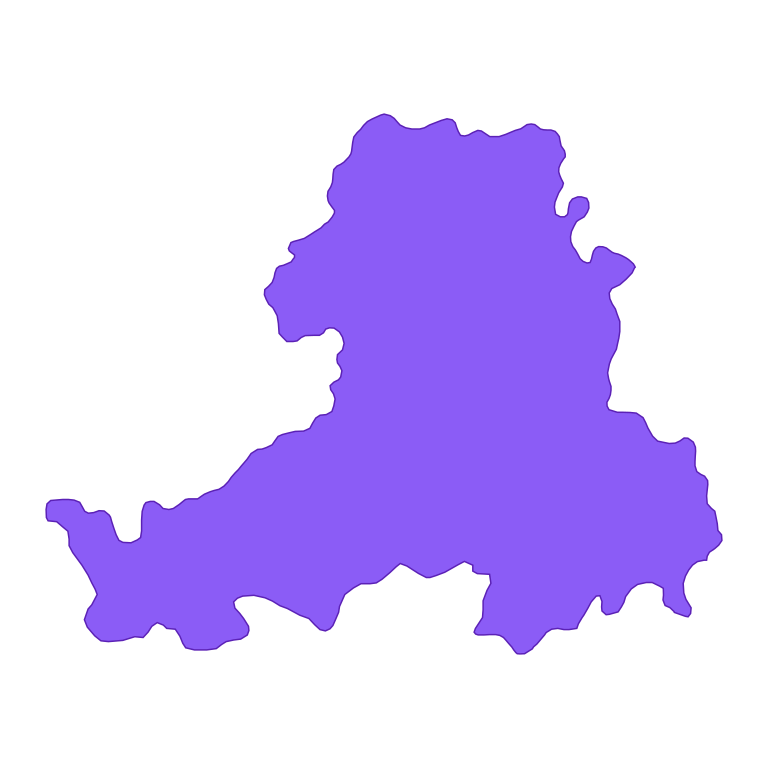 the district of Chashniki, Vitebsk, Belarus
{"feature_id": "67162791B63587233546026", "entity_name": "Chashniki", "entity_type": "district", "adm_level": 2, "iso_a3": "BLR", "parent_name": "Belarus", "parent_adm1": "Vitebsk", "projection": "mercator", "projection_center": [29.143, 54.768], "detail": "fine", "context": "isolated", "style": "filled", "palette": "violet", "viewbox_px": 768, "rotation_deg": 0, "n_neighbors": 0, "source": "geoboundaries", "source_scale": "gbopen_adm2", "svg_char_len": 6078}
<svg xmlns="http://www.w3.org/2000/svg" viewBox="0 0 768 768"><path d="M384.5,114.2L384.1,114.1L380.7,115.1L372.1,119.0L367.4,121.6L363.6,125.4L360.6,129.4L357.2,132.6L353.8,137.0L352.7,142.5L352.1,147.2L351.6,151.2L350.9,153.8L349.0,156.9L343.9,162.2L340.6,164.4L337.0,166.1L333.8,169.5L333.1,174.2L332.8,178.8L332.4,182.5L330.8,186.8L328.0,191.3L327.4,196.0L328.1,200.6L329.1,203.0L331.8,206.8L334.5,210.4L334.4,213.1L332.2,217.0L328.2,222.0L324.5,224.2L321.0,227.9L314.7,231.8L309.8,235.0L304.3,238.4L298.7,240.1L293.5,241.5L290.9,242.6L288.4,248.5L289.3,250.9L291.9,253.0L294.5,254.9L294.5,257.4L293.1,259.1L291.2,261.9L287.2,263.7L283.4,265.3L279.4,266.2L276.6,268.4L275.0,272.8L274.1,277.4L272.2,282.4L268.5,286.4L264.8,289.6L264.4,294.8L266.3,299.5L268.8,304.2L272.8,307.6L274.7,311.0L277.2,315.7L278.4,323.5L278.8,329.1L279.1,333.4L282.2,336.8L286.8,341.5L293.1,341.5L297.1,340.9L301.2,337.5L305.2,335.6L314.2,335.3L319.5,335.3L323.5,332.8L325.7,329.1L329.5,327.8L334.1,328.1L339.4,331.9L342.5,337.1L344.1,343.4L342.5,349.9L337.5,354.6L336.9,359.5L337.5,363.0L340.0,366.4L341.9,370.7L340.7,377.0L338.5,379.8L333.8,382.2L330.1,385.7L330.7,389.7L333.5,393.8L335.1,399.0L333.8,405.9L331.9,411.5L326.3,414.6L320.1,415.2L315.8,418.0L312.7,423.0L309.9,428.3L303.6,431.1L295.2,431.4L288.4,433.0L282.5,434.5L278.1,436.4L275.0,440.7L272.2,444.8L266.3,447.6L262.0,449.1L257.6,449.4L251.1,453.5L247.0,459.4L241.4,465.9L238.3,469.7L235.2,472.8L231.2,477.4L228.4,481.5L224.0,486.1L219.0,489.3L214.1,490.5L210.3,491.7L204.4,494.2L201.6,496.1L197.6,498.9L192.9,498.9L188.5,498.9L185.4,499.5L182.6,501.7L179.2,504.5L173.3,508.5L168.9,509.5L163.0,508.5L159.6,504.8L154.0,501.4L150.3,501.4L145.9,502.6L144.1,505.1L142.2,511.3L141.6,520.0L141.6,526.0L141.6,530.9L140.6,537.5L137.2,540.0L131.0,542.8L122.9,542.4L118.9,540.3L116.1,534.7L113.9,528.4L111.7,521.6L110.5,517.2L109.2,515.1L104.2,511.0L99.0,510.7L93.7,512.6L88.4,513.2L84.7,511.3L82.2,506.7L79.7,502.3L74.1,500.1L68.5,499.5L62.6,499.5L50.7,500.5L47.0,503.9L46.1,509.5L46.4,517.6L48.1,520.8L56.7,521.7L62.5,526.7L67.9,531.2L69.1,539.1L69.1,545.7L72.8,552.7L81.9,565.1L88.1,575.1L91.8,582.9L95.1,589.1L97.2,594.5L91.8,604.8L88.1,609.0L84.4,619.7L87.3,627.1L94.7,635.8L100.9,640.8L108.4,641.6L122.8,640.4L134.8,636.7L143.1,637.5L148.1,632.1L151.8,626.3L157.2,622.6L163.4,625.1L166.7,628.4L175.3,629.2L179.9,636.2L182.8,643.3L185.7,647.8L194.4,649.9L206.8,649.9L216.3,648.6L221.6,644.5L226.2,641.6L231.4,640.5L233.6,640.0L240.7,639.1L247.3,635.0L248.9,630.5L248.5,626.3L243.6,618.5L239.8,613.5L234.9,608.1L233.6,601.9L237.4,598.2L242.7,596.1L253.9,595.3L265.1,597.8L272.5,601.1L279.9,605.7L287.4,608.5L299.8,615.2L308.9,618.5L314.7,624.7L320.0,629.6L325.4,630.9L330.0,628.8L332.9,625.5L335.8,618.9L338.6,612.3L339.5,606.5L344.8,594.5L353.5,587.9L361.0,583.7L370.1,583.7L376.3,582.9L382.1,579.2L389.9,572.6L396.1,566.8L400.2,563.5L406.9,566.0L418.4,573.4L426.3,577.5L430.0,577.5L436.2,575.5L444.9,572.2L450.7,568.9L458.1,564.7L464.4,561.4L472.8,565.2L472.8,571.1L477.3,573.6L489.6,574.3L490.9,583.3L487.0,590.4L483.1,600.8L483.1,609.8L482.5,617.6L475.4,628.5L474.1,632.2L475.7,634.1L478.1,634.9L484.2,634.9L489.2,634.6L495.8,634.6L499.8,635.4L503.5,637.5L506.1,640.4L508.8,643.6L511.9,647.1L513.8,650.0L515.9,652.6L517.2,653.7L519.9,653.9L524.6,653.7L529.7,650.5L532.3,648.9L533.6,646.8L536.8,644.1L544.5,635.0L546.2,632.5L551.6,629.2L557.8,628.4L564.0,629.6L568.9,629.6L576.8,628.4L578.4,623.8L582.1,617.6L583.8,615.2L587.9,608.1L591.2,601.9L596.2,596.1L599.9,595.7L602.0,601.5L601.6,606.9L602.0,611.0L606.1,614.7L609.4,614.3L618.1,611.9L621.4,606.9L623.9,602.3L625.6,596.6L631.3,588.9L637.6,584.4L646.3,582.5L652.2,582.5L659.8,586.2L663.3,588.3L663.5,595.2L663.0,600.0L665.1,605.5L669.9,607.6L674.1,611.6L674.3,612.4L685.4,616.3L688.1,616.8L690.6,613.5L691.1,607.8L685.9,599.3L683.8,593.0L683.2,583.4L685.4,576.1L688.7,570.0L692.5,565.1L697.4,561.6L704.0,560.2L706.6,560.2L707.2,556.2L709.4,552.2L714.6,548.7L718.7,545.1L721.9,540.5L721.5,534.7L717.9,530.5L717.3,523.8L716.1,517.6L714.8,511.2L711.4,508.4L707.2,503.7L706.6,495.9L707.2,490.1L707.8,484.5L707.6,480.6L704.6,476.2L700.8,474.4L696.8,471.6L695.0,465.8L695.0,461.5L695.2,457.3L695.6,451.1L695.4,447.1L693.3,442.1L687.9,438.2L684.1,438.0L679.9,441.0L675.3,443.1L669.2,443.5L662.4,442.1L657.6,441.1L652.6,436.2L647.9,428.0L645.7,422.8L643.1,417.7L636.3,413.1L630.1,412.5L623.0,412.3L617.4,412.3L609.0,409.7L607.1,406.1L606.9,402.3L609.0,398.5L610.4,394.6L611.0,390.2L611.0,386.4L609.4,381.6L608.6,378.6L607.6,372.9L609.4,363.9L611.2,358.9L613.0,355.5L616.4,349.2L617.4,344.4L618.8,338.2L619.8,331.5L619.8,325.7L619.8,321.5L617.0,313.9L615.4,309.0L612.2,304.0L609.8,298.6L609.2,293.0L611.8,288.5L619.8,284.7L626.2,279.1L632.1,272.9L634.5,267.9L635.2,267.2L634.8,266.3L633.4,263.9L630.8,261.5L628.6,259.6L625.9,257.8L621.5,255.5L618.2,254.1L614.5,253.3L612.2,252.3L608.9,249.9L606.4,248.0L602.9,246.8L598.6,246.6L595.8,248.0L593.5,251.3L592.4,255.0L591.5,259.1L590.1,262.5L587.0,263.0L583.1,261.4L580.1,258.7L578.2,255.0L576.6,252.1L575.3,249.9L573.0,246.9L572.4,245.7L570.8,241.6L570.5,236.7L571.5,231.4L574.0,226.1L576.4,221.7L578.3,220.2L584.2,216.8L587.3,212.1L588.9,208.1L588.6,202.5L586.7,198.4L581.4,196.9L577.7,196.9L572.4,199.0L569.6,202.8L568.4,208.7L568.0,212.7L567.4,214.6L564.6,216.8L560.3,216.8L555.6,214.3L554.4,207.1L555.0,202.1L557.2,196.5L558.7,192.8L562.4,186.9L563.4,183.2L561.1,178.6L559.7,175.2L558.7,171.8L558.9,167.8L560.7,163.4L563.7,158.7L565.2,156.9L565.2,154.1L564.4,150.7L561.1,145.9L559.9,140.1L559.3,136.6L557.3,133.8L555.1,131.4L550.9,130.0L547.1,130.0L543.7,129.8L540.4,129.0L538.0,127.0L534.8,124.6L531.2,124.0L527.0,124.6L525.0,126.0L520.8,128.8L515.3,130.4L510.9,132.2L505.7,134.4L499.1,136.6L489.8,136.6L484.4,133.0L481.4,131.0L477.8,130.4L472.7,132.6L468.5,135.0L464.7,136.0L460.5,135.4L458.3,131.6L456.7,127.6L455.2,122.8L452.2,119.8L447.0,118.8L441.4,120.4L429.5,125.0L424.5,127.8L419.7,129.0L411.8,129.0L405.6,127.8L400.0,125.0L396.4,121.0L394.2,118.4L390.3,115.7L384.5,114.2Z" fill="#8b5cf6" stroke="#5b21b6" stroke-width="1.5"/></svg>